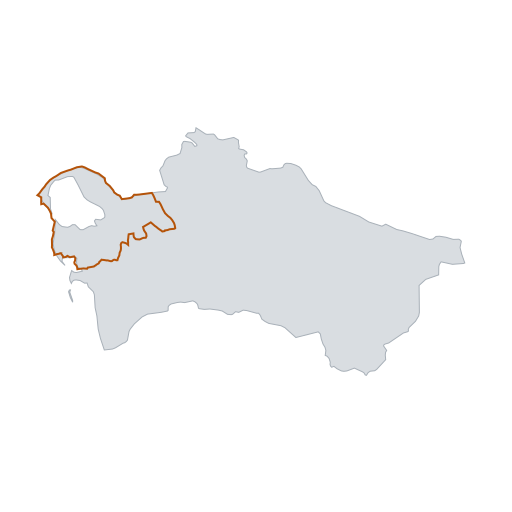 Turkmenbasy, Balkan, Turkmenistan (highlighted), rotated 350°
{"feature_id": "10190150B25855408224134", "entity_name": "Turkmenbasy", "entity_type": "district", "adm_level": 2, "iso_a3": "TKM", "parent_name": "Turkmenistan", "parent_adm1": "Balkan", "projection": "albers", "projection_center": [54.807, 40.968], "detail": "fine", "context": "in_parent", "style": "outline", "palette": "amber", "viewbox_px": 512, "rotation_deg": 350, "n_neighbors": 0, "source": "geoboundaries", "source_scale": "gbopen_adm2", "svg_char_len": 6615}
<svg xmlns="http://www.w3.org/2000/svg" viewBox="0 0 512 512"><g transform="rotate(350 256 256)"><path d="M149.1,175.2L171.2,176.0L178.0,176.8L180.7,173.5L180.6,172.7L179.5,172.0L177.9,169.9L176.0,154.9L177.8,152.7L180.0,151.1L183.0,146.3L184.7,144.8L187.2,143.5L195.5,142.9L199.0,141.9L201.8,136.4L202.3,133.3L204.4,130.7L205.7,130.7L211.4,132.6L212.7,133.6L214.8,137.5L216.9,137.1L217.1,136.5L216.9,135.6L215.2,133.2L211.4,128.9L207.9,126.3L207.6,125.4L210.4,123.0L216.4,123.7L217.8,123.0L219.2,119.3L227.4,127.0L228.9,127.7L235.2,128.5L236.3,129.5L238.7,134.0L240.8,135.1L243.5,135.9L254.7,135.4L258.3,138.3L258.9,139.0L258.4,141.2L258.4,145.4L257.6,147.2L258.3,147.8L262.3,149.3L264.8,151.9L265.1,153.0L264.5,153.8L262.6,153.6L261.8,154.8L261.9,157.0L263.4,159.0L263.9,160.8L262.2,165.3L262.3,167.1L263.0,168.1L273.5,174.0L275.1,174.1L284.9,172.3L286.8,172.9L295.4,173.7L297.8,173.3L299.3,171.1L300.8,170.1L302.3,170.0L306.4,171.0L311.0,173.5L314.0,175.8L315.6,178.0L320.6,190.5L323.7,195.5L327.0,197.9L329.6,202.7L332.4,213.5L333.8,215.6L338.9,219.5L364.8,234.9L373.0,242.1L385.2,248.5L389.3,247.2L399.1,254.3L405.1,256.8L413.1,260.8L429.8,269.9L433.2,270.0L436.7,268.0L440.1,268.4L446.3,270.5L453.1,273.9L458.7,274.7L460.4,276.3L460.7,277.3L458.4,283.1L458.9,290.0L460.4,299.1L459.0,299.4L448.0,298.3L437.3,293.9L435.2,296.0L434.2,298.1L432.6,306.3L419.1,308.5L411.5,313.3L407.1,339.9L405.8,343.3L401.7,348.0L394.3,353.0L393.2,354.8L393.1,356.4L392.2,356.9L387.8,357.4L371.6,364.7L367.9,365.1L366.5,365.7L366.0,366.7L368.3,371.7L366.9,373.3L366.1,376.0L365.7,380.6L355.2,388.6L353.0,389.6L348.4,389.3L346.2,390.3L344.0,392.7L342.9,392.1L342.1,389.9L340.8,388.6L333.4,383.5L325.5,385.0L322.5,384.8L320.1,384.0L316.2,381.1L313.6,378.2L311.2,378.7L310.3,377.3L310.1,375.6L310.7,373.5L310.2,369.6L308.6,367.0L306.9,365.9L308.4,361.2L308.1,357.9L306.7,354.3L305.9,349.1L305.8,343.9L304.1,341.5L281.1,343.2L272.1,331.7L268.5,329.0L256.9,324.6L253.6,322.1L250.8,319.2L249.9,315.2L248.6,312.8L246.7,312.5L237.6,308.2L234.0,307.1L229.2,308.5L226.2,307.3L222.9,309.3L221.5,309.5L217.8,308.5L213.2,304.3L209.4,302.7L201.4,300.2L195.8,299.6L190.9,298.0L190.3,297.4L190.1,293.8L189.4,292.3L187.9,290.5L186.0,289.2L177.6,289.5L173.8,288.3L170.7,288.1L164.1,288.5L161.9,289.5L160.7,290.7L160.0,294.3L159.3,294.8L152.8,295.0L139.1,294.4L133.3,296.2L124.4,301.7L119.3,306.3L117.8,308.4L114.8,316.5L113.4,317.7L111.7,318.6L109.9,318.8L101.7,322.0L98.5,322.7L90.3,322.2L88.5,310.2L87.9,300.6L88.9,287.4L88.6,279.0L90.1,266.1L89.6,262.9L85.5,257.2L85.0,253.3L82.5,253.0L78.5,249.6L74.6,248.3L72.6,248.2L70.7,249.1L69.4,251.0L68.5,247.9L68.6,244.8L71.9,238.3L73.8,240.3L76.2,241.1L82.3,240.8L81.7,238.5L78.6,236.2L78.1,233.2L78.3,230.2L79.2,227.3L78.3,226.1L76.9,225.4L73.6,225.4L65.1,224.2L64.0,227.6L66.3,232.1L62.5,226.9L60.0,221.6L58.4,215.4L58.3,208.8L61.8,198.3L64.7,185.3L67.8,190.9L70.1,193.3L75.4,195.0L77.9,194.6L80.6,193.3L83.3,193.8L87.4,199.5L90.3,200.1L96.5,198.0L99.4,197.6L101.9,198.6L104.6,198.6L103.4,195.9L103.0,193.4L104.5,192.0L109.3,193.5L113.2,192.0L113.9,191.3L114.3,189.1L113.7,184.7L112.8,182.8L110.6,180.1L102.1,173.8L99.3,171.3L96.9,168.0L93.1,155.1L90.3,146.8L89.1,145.8L84.2,145.1L74.8,146.9L71.5,146.4L70.0,147.3L66.1,150.7L64.3,153.6L61.6,160.3L63.5,162.6L61.8,174.0L62.5,178.9L62.2,179.3L59.5,173.1L55.8,166.9L52.9,157.6L58.6,151.7L63.5,147.5L68.6,144.4L74.0,142.3L85.9,139.1L92.5,138.0L97.9,137.9L102.0,139.9L113.1,147.4L117.9,151.6L119.3,153.3L120.6,157.3L128.9,170.3L130.8,172.1L134.0,176.3L137.1,177.5L149.1,175.2ZM67.7,268.0L67.4,269.7L65.9,264.5L65.2,258.7L66.3,257.1L67.4,257.2L66.3,259.3L67.7,268.0Z" fill="#d9dde1" stroke="#a8b0b8" stroke-width="1"/><path d="M57.5,220.0L58.8,219.9L59.6,219.6L62.0,219.6L62.5,219.6L63.0,219.4L63.4,219.3L63.8,219.3L64.0,219.3L64.3,219.4L64.2,219.5L64.4,219.6L64.8,220.5L65.3,221.5L65.8,222.5L65.9,222.8L65.9,223.4L65.9,223.5L65.9,223.9L68.6,223.9L70.3,223.1L72.5,224.9L76.8,224.8L77.7,226.8L77.0,229.1L76.0,230.6L76.0,232.1L77.5,234.2L77.9,236.1L77.8,238.0L79.0,238.0L82.6,238.2L84.1,238.3L84.7,238.5L87.5,239.2L88.3,238.2L89.7,238.2L91.0,238.2L92.3,238.2L93.7,238.2L94.6,238.2L95.3,237.7L96.3,237.5L96.5,237.4L96.9,237.1L97.3,236.8L97.6,236.7L98.3,236.5L99.9,235.9L100.2,235.4L100.6,234.8L100.6,234.7L101.5,234.2L101.8,233.9L102.3,233.6L102.5,233.4L103.3,232.8L104.5,233.3L104.9,233.3L105.1,233.4L106.1,233.7L106.9,234.0L107.3,234.1L107.9,234.4L108.1,234.4L109.2,234.6L109.5,234.7L110.5,235.2L111.1,235.5L112.1,235.9L112.6,236.0L113.3,236.0L113.6,235.8L113.8,235.6L114.0,235.5L114.7,235.3L115.6,235.0L116.3,235.2L116.8,235.4L117.0,235.5L117.6,235.9L118.8,236.1L119.6,234.4L119.7,234.2L119.8,234.0L121.5,231.7L122.2,229.4L122.4,229.0L122.4,228.9L123.3,227.7L123.9,226.6L124.3,225.2L124.6,223.4L124.7,221.4L125.0,220.9L125.5,219.9L125.8,219.7L126.8,219.2L127.9,219.7L128.8,220.1L129.5,220.5L130.5,221.1L131.0,221.6L131.4,222.1L132.0,222.8L132.2,221.3L132.5,220.1L132.5,219.3L132.5,218.7L132.7,218.0L133.3,216.2L133.8,214.3L133.9,214.0L134.0,213.7L134.4,212.5L139.2,212.5L139.1,213.1L139.1,213.7L139.0,214.7L139.0,215.4L139.1,216.4L139.8,217.4L139.8,217.5L140.5,218.5L142.2,219.0L144.3,219.5L145.6,219.2L147.0,218.8L147.6,218.7L148.4,218.6L148.7,218.6L150.6,218.9L151.6,217.5L151.7,216.4L151.7,215.8L151.7,214.8L151.7,214.7L151.3,213.9L151.1,213.4L150.8,212.8L150.5,212.1L150.4,211.8L150.2,211.5L150.2,211.1L150.1,210.7L150.0,210.3L149.9,209.7L149.9,209.3L149.9,208.5L149.8,207.8L155.7,205.6L158.2,204.6L158.3,204.7L161.6,208.8L162.6,209.8L162.8,209.9L163.4,210.7L164.5,212.0L165.2,212.7L166.2,213.7L166.4,213.9L166.9,214.3L167.4,214.9L168.0,215.6L170.3,215.6L170.7,215.0L173.5,215.1L175.3,214.7L175.5,214.7L176.2,214.7L180.1,215.0L180.6,214.8L181.2,214.7L181.3,214.6L181.3,212.4L181.3,211.6L181.0,209.4L179.7,206.1L178.3,203.6L176.1,201.2L175.2,199.9L173.9,198.1L172.8,194.9L172.4,193.8L172.0,192.2L171.1,188.8L170.7,187.7L169.9,185.8L166.9,185.2L166.6,183.5L166.1,181.1L165.3,178.1L164.4,175.8L151.7,175.2L148.6,174.9L146.6,174.5L143.9,176.8L141.3,177.1L133.7,176.7L132.3,172.9L130.0,171.5L127.4,168.8L126.8,166.5L124.1,161.6L120.9,158.0L120.4,155.5L120.6,153.2L115.2,147.4L112.2,145.8L105.7,141.3L102.7,139.0L100.1,137.6L95.0,137.5L88.8,138.8L85.0,139.2L79.0,140.2L78.1,140.4L74.8,141.9L72.9,142.7L70.2,143.6L66.3,145.4L61.6,149.1L59.9,151.0L57.1,153.2L53.5,156.7L51.3,158.2L54.7,160.9L53.7,166.1L53.5,167.7L55.9,167.5L59.5,172.4L60.7,175.6L61.5,178.7L61.2,183.1L63.8,187.3L60.2,195.7L61.0,197.2L59.4,201.3L57.9,204.1L57.0,209.9L56.5,212.0L57.1,214.1L57.7,217.2L57.7,218.3L57.7,219.3L57.5,220.0Z" fill="none" stroke="#b45309" stroke-width="2"/></g></svg>